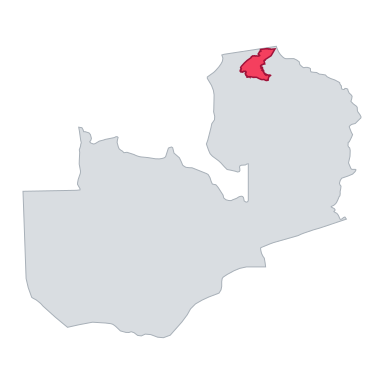 Nsama, Northern, Zambia (highlighted)
{"feature_id": "96606910B46360514720663", "entity_name": "Nsama", "entity_type": "district", "adm_level": 2, "iso_a3": "ZMB", "parent_name": "Zambia", "parent_adm1": "Northern", "projection": "orthographic", "projection_center": [30.06, -8.814], "detail": "fine", "context": "in_parent", "style": "filled", "palette": "rose", "viewbox_px": 384, "rotation_deg": 0, "n_neighbors": 0, "source": "geoboundaries", "source_scale": "gbopen_adm2", "svg_char_len": 7467}
<svg xmlns="http://www.w3.org/2000/svg" viewBox="0 0 384 384"><path d="M265.6,266.9L246.5,266.9L239.6,268.4L233.9,270.8L227.1,274.5L223.2,277.1L222.2,278.5L221.7,281.6L221.7,286.4L221.0,289.9L219.0,293.1L208.8,297.0L202.1,300.1L195.5,303.9L190.6,308.8L187.3,314.7L181.8,322.1L170.2,335.2L163.4,337.7L157.7,337.2L150.8,334.6L145.3,334.1L141.3,335.9L137.6,335.4L134.1,332.7L131.2,331.7L128.9,332.5L125.9,332.4L120.4,330.9L115.6,326.3L113.0,324.4L111.0,323.7L105.4,323.0L92.5,322.2L79.2,324.7L67.5,327.3L55.2,317.1L43.2,306.3L40.7,303.5L36.2,299.9L33.0,298.2L31.7,297.3L28.2,287.5L26.1,278.5L23.0,191.3L76.5,190.3L80.0,189.9L80.1,188.9L77.5,184.3L77.6,182.7L78.2,179.5L80.4,173.1L80.5,171.0L79.2,164.1L79.3,160.2L79.7,152.4L79.3,149.8L80.5,146.3L80.8,144.0L81.3,142.9L80.7,140.3L79.4,131.0L78.7,127.2L81.9,127.7L83.0,129.6L83.7,131.7L85.2,131.7L89.0,132.9L90.4,134.6L91.4,138.3L90.9,140.2L89.7,141.8L90.9,143.1L93.5,144.0L95.0,143.7L99.3,141.1L103.3,140.1L105.3,139.4L114.2,137.6L116.0,136.7L117.2,136.7L118.1,137.4L117.4,140.1L117.1,142.4L118.3,146.8L119.2,148.9L121.0,150.3L122.4,151.1L123.9,152.7L127.0,152.3L133.9,154.5L136.0,155.5L138.9,156.5L140.9,156.9L148.0,157.6L155.5,158.8L159.3,158.9L162.0,158.5L164.0,157.9L165.1,157.2L165.7,156.5L168.4,148.1L169.8,147.5L171.6,147.0L172.7,147.8L174.0,153.1L179.4,157.8L181.3,161.8L182.7,165.2L183.9,166.1L185.9,167.3L189.2,167.7L192.1,167.8L206.6,173.6L208.2,174.6L210.0,177.7L211.1,181.2L212.3,184.0L214.2,184.5L215.8,184.7L217.5,186.6L218.7,188.3L223.1,195.2L223.7,197.9L225.8,199.7L228.6,200.5L231.2,200.6L232.7,199.8L236.4,198.4L239.2,196.7L241.3,196.2L242.6,196.5L243.5,197.6L244.2,201.0L246.2,202.2L247.7,201.7L248.3,200.4L248.3,199.7L248.3,163.8L246.9,164.0L245.3,165.0L241.4,165.2L239.9,165.9L239.5,167.1L239.8,168.6L239.9,170.6L239.3,171.6L237.6,172.0L235.2,171.2L230.8,170.2L227.1,169.5L224.4,166.8L220.8,162.8L218.5,160.7L212.8,156.5L211.9,155.7L210.1,153.7L208.6,150.3L207.2,146.4L206.4,144.0L207.8,140.1L211.0,127.6L211.8,123.7L214.5,119.8L214.7,116.3L213.6,111.7L213.8,109.2L214.1,94.9L213.4,90.4L211.5,85.4L207.3,78.4L207.3,77.0L213.7,72.4L215.5,70.7L218.8,67.0L221.0,63.9L222.4,61.3L222.9,58.1L221.8,55.0L224.0,54.3L276.3,46.3L277.0,48.4L278.6,52.0L280.4,54.6L282.6,56.9L284.5,58.3L285.8,58.7L293.8,58.6L296.7,60.0L299.2,61.8L299.8,64.5L301.5,66.2L303.3,67.6L304.0,67.7L305.3,67.4L307.5,67.4L309.5,68.0L310.4,68.6L310.5,70.9L311.1,71.9L313.8,72.3L316.6,72.5L319.3,74.1L322.1,74.4L325.5,75.0L327.0,76.7L330.6,78.5L334.9,80.0L339.7,82.6L339.7,83.4L340.5,84.9L341.4,86.0L341.4,87.5L341.8,89.0L343.0,89.4L344.1,89.5L345.0,88.4L346.3,88.5L347.7,89.1L348.1,90.8L349.2,93.1L351.0,94.7L352.1,96.2L351.7,98.9L350.9,101.4L353.3,103.9L356.4,106.2L357.2,107.3L357.4,110.8L357.9,111.9L360.0,114.8L361.0,116.8L360.9,117.9L355.2,123.5L351.7,124.4L350.1,125.5L349.2,126.8L351.4,132.5L352.6,134.6L351.5,137.3L349.2,141.9L348.2,142.3L348.0,145.8L348.6,147.0L349.7,148.0L350.2,150.4L350.0,156.3L348.5,162.9L351.0,168.7L351.9,169.4L355.4,169.4L356.0,169.9L355.1,171.6L352.6,174.1L348.1,176.0L341.7,178.2L340.3,180.3L339.4,183.3L340.1,185.1L341.0,186.1L340.7,188.8L340.1,191.6L340.2,193.8L339.9,195.8L339.1,196.7L337.9,199.7L336.5,202.6L335.4,203.9L333.8,205.3L331.2,206.5L331.3,207.1L334.1,208.5L334.9,209.4L335.1,210.1L333.9,211.6L335.2,212.5L336.8,213.3L338.3,215.2L340.0,219.0L340.3,219.3L340.8,219.4L341.8,219.0L343.6,217.5L344.9,217.0L346.4,219.1L319.6,228.1L313.3,229.9L303.9,233.1L300.8,234.3L298.4,235.5L273.5,242.6L269.7,244.0L260.9,247.6L260.6,248.2L260.7,249.9L261.5,253.3L263.0,256.4L264.3,258.2L265.1,262.8L265.6,266.9Z" fill="#d9dde1" stroke="#a8b0b8" stroke-width="1"/><path d="M247.0,77.2L248.2,77.1L248.5,76.7L249.0,76.7L249.1,76.8L249.3,76.9L249.5,76.8L249.8,77.1L250.1,77.4L250.2,77.1L250.4,76.9L250.4,76.7L250.7,76.7L250.8,76.7L251.0,76.7L251.3,76.8L251.5,76.9L251.9,77.0L252.1,77.0L252.7,77.2L253.1,77.2L253.2,77.4L253.3,77.4L253.8,77.4L254.0,77.4L254.0,77.2L255.2,77.2L255.4,77.3L256.5,77.3L257.1,77.5L257.6,77.8L258.7,78.4L261.2,79.5L261.4,79.5L261.7,79.5L261.9,79.6L262.3,79.6L262.9,79.6L263.4,79.5L264.0,79.5L264.6,79.7L264.9,80.0L265.6,80.4L266.1,80.4L266.4,80.5L266.6,80.5L266.9,80.2L267.1,80.1L267.3,80.0L267.7,80.2L267.7,80.4L267.9,80.4L268.1,80.8L268.1,80.6L268.2,79.9L268.2,79.6L268.2,79.2L268.4,78.5L268.4,78.3L268.4,78.1L268.6,77.6L268.8,77.2L269.0,76.8L269.0,76.7L269.2,76.4L269.4,76.3L269.5,76.2L270.0,75.9L270.3,75.7L270.5,75.6L270.6,75.4L270.4,75.3L270.2,75.3L270.1,75.2L269.9,75.0L269.7,75.0L269.4,75.1L269.2,75.1L268.9,75.2L268.6,75.3L268.6,75.2L268.1,75.0L267.9,74.9L267.5,74.9L267.4,74.8L266.9,74.9L266.8,75.0L266.7,75.0L266.5,74.8L266.4,74.8L266.3,74.6L266.5,74.4L266.4,74.3L266.1,74.2L266.0,74.4L266.0,74.5L265.8,74.5L265.7,74.7L265.7,75.0L265.4,74.8L265.2,74.5L265.0,74.4L265.2,74.0L265.0,73.8L264.9,73.4L264.7,73.2L264.4,73.3L264.0,73.0L263.9,72.9L263.9,72.7L263.8,72.2L263.7,72.1L263.4,71.8L263.5,71.6L263.6,71.8L263.7,71.7L263.7,71.4L263.5,71.0L263.4,70.9L263.0,71.1L262.9,71.0L262.9,70.9L262.9,70.7L263.1,70.6L262.7,70.4L262.7,70.1L262.4,70.4L262.0,70.3L261.9,70.2L262.1,70.0L262.3,70.0L262.4,69.9L262.5,69.8L262.7,69.7L262.3,69.4L262.2,69.1L262.1,68.9L262.3,68.9L262.5,69.0L262.6,68.9L262.4,68.6L262.1,68.6L261.8,68.3L261.7,68.2L261.4,68.1L261.7,67.9L261.9,68.0L262.0,68.0L262.4,67.6L262.2,67.4L262.0,67.1L261.9,67.0L261.6,67.1L261.4,67.1L261.2,67.2L260.8,67.0L260.6,66.7L260.7,66.3L260.8,66.4L260.8,66.2L260.7,66.2L260.6,65.7L260.8,65.5L261.1,65.3L261.5,65.2L261.7,64.9L261.8,64.9L261.9,64.7L262.1,64.7L262.4,64.7L262.5,64.7L262.7,64.4L262.8,64.4L263.0,64.4L263.4,64.2L263.5,64.0L263.8,64.1L264.0,63.9L264.4,63.9L264.5,64.0L264.8,64.0L264.8,63.9L264.5,63.7L264.5,63.4L264.5,62.6L264.5,62.3L263.9,60.9L264.0,60.7L264.3,60.3L265.0,60.2L265.3,60.1L265.4,59.8L265.3,59.5L271.1,55.7L273.2,52.1L275.0,48.9L270.8,49.3L270.5,49.3L270.4,49.2L270.2,48.9L269.9,48.8L269.6,49.0L269.3,49.0L269.0,49.2L268.8,49.2L268.1,48.6L267.8,48.6L267.5,48.7L267.1,48.9L266.8,48.6L260.5,49.5L260.5,49.8L260.5,50.3L260.7,50.6L260.5,50.8L260.5,51.0L260.4,51.0L260.2,51.1L260.3,51.2L260.2,51.2L260.2,51.4L260.0,51.7L259.8,51.8L259.7,51.9L259.6,52.0L259.4,52.0L259.2,52.2L259.2,52.3L259.2,52.5L258.9,53.0L258.5,53.4L258.2,53.9L258.2,54.0L258.3,54.1L258.4,54.4L259.3,55.0L259.6,55.3L259.7,55.6L259.3,55.8L258.4,56.1L257.7,56.0L257.4,56.1L256.7,55.9L256.4,55.9L255.6,56.1L255.2,56.0L254.9,55.7L254.4,55.8L254.2,55.9L252.6,55.9L252.1,56.5L251.7,56.5L251.2,57.0L251.0,57.4L251.1,57.6L250.9,57.8L247.2,60.4L244.5,62.9L241.4,66.3L240.6,67.6L240.9,68.2L241.1,68.3L241.3,68.6L241.2,68.7L241.1,68.8L240.9,69.0L240.9,69.3L240.8,69.5L240.7,69.8L240.8,69.8L240.7,70.0L240.8,70.2L240.7,70.3L240.7,70.2L240.5,70.3L240.5,70.2L240.4,70.3L240.3,70.5L240.2,70.7L240.4,70.7L240.4,70.8L240.4,70.7L240.8,71.0L240.7,71.2L240.9,71.4L240.9,71.5L240.9,71.9L241.1,71.9L241.3,71.9L241.5,71.8L241.8,71.8L241.8,72.0L242.3,72.2L242.5,72.1L242.7,71.8L242.9,71.9L243.0,71.8L243.2,71.7L243.4,71.7L243.5,71.7L243.8,71.4L243.9,71.5L244.1,71.5L244.1,71.4L244.4,71.5L244.5,71.5L244.7,71.3L244.8,71.3L245.1,71.2L245.5,71.3L245.6,71.5L245.7,71.4L245.9,71.5L246.0,71.9L245.9,71.9L245.9,72.0L245.7,72.4L245.7,72.6L245.7,72.9L245.7,73.1L245.8,73.1L245.7,73.4L245.6,73.5L245.7,73.9L245.4,74.0L245.7,74.3L245.7,74.5L245.9,74.8L246.0,75.0L245.9,75.2L246.0,75.3L246.2,75.5L246.3,75.7L246.5,75.7L246.6,75.8L246.7,75.7L246.9,75.8L246.9,76.1L247.0,76.2L247.1,76.4L246.9,76.5L246.9,77.0L247.0,77.2Z" fill="#f43f5e" stroke="#9f1239" stroke-width="1.5"/></svg>